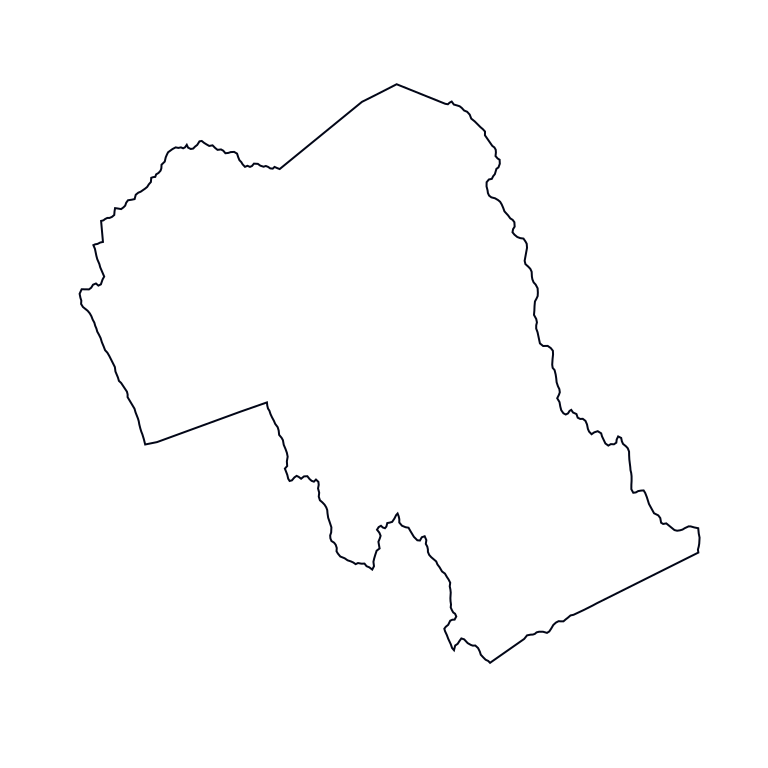 the district of Oliveira dos Brejinhos, Bahia, Brazil, rotated 170°
{"feature_id": "56859067B61513523876445", "entity_name": "Oliveira dos Brejinhos", "entity_type": "district", "adm_level": 2, "iso_a3": "BRA", "parent_name": "Brazil", "parent_adm1": "Bahia", "projection": "equal_earth", "projection_center": [-42.732, -12.256], "detail": "fine", "context": "isolated", "style": "outline", "palette": "ink", "viewbox_px": 768, "rotation_deg": 170, "n_neighbors": 0, "source": "geoboundaries", "source_scale": "gbopen_adm2", "svg_char_len": 6136}
<svg xmlns="http://www.w3.org/2000/svg" viewBox="0 0 768 768"><g transform="rotate(170 384 384)"><path d="M449.4,613.8L451.6,615.1L454.1,616.8L456.2,615.4L458.6,616.1L460.4,617.9L462.5,619.2L464.9,618.9L467.9,620.5L470.0,622.7L473.8,623.6L476.2,621.6L478.3,621.1L480.6,622.6L483.2,622.0L485.1,624.9L486.0,627.3L487.5,629.5L488.2,632.7L488.7,636.4L491.3,638.6L494.7,639.0L497.2,638.6L500.1,638.8L501.8,641.7L503.8,643.3L507.3,643.5L509.3,645.8L511.4,648.8L514.8,648.8L517.3,650.9L519.4,652.8L521.3,655.0L523.6,655.0L526.4,651.9L529.0,650.5L531.0,649.0L533.5,649.0L535.9,650.8L536.7,653.8L538.9,651.6L540.9,651.0L542.9,652.3L545.5,652.2L548.1,653.2L551.5,652.1L556.4,649.7L557.9,647.7L559.6,645.1L561.3,641.1L565.0,638.6L565.8,635.1L567.0,632.9L569.4,631.0L572.0,630.0L573.3,627.7L575.3,627.8L577.4,627.5L578.5,623.4L580.9,621.5L583.0,619.2L585.3,617.9L590.3,615.6L592.7,615.1L595.6,613.5L597.5,609.4L600.6,609.3L604.2,609.4L606.4,607.3L607.9,604.6L609.9,603.2L612.5,601.9L616.1,603.2L618.3,603.9L619.4,600.8L620.3,597.3L622.9,595.8L625.5,595.2L627.6,595.6L630.0,594.9L631.9,593.9L634.3,593.7L636.1,572.7L638.9,572.6L641.8,571.7L644.2,571.7L646.1,571.2L645.2,567.3L645.0,560.1L644.7,556.7L643.5,551.6L643.2,548.2L640.9,538.4L643.0,535.8L645.5,531.3L648.2,530.5L650.2,533.0L653.3,532.3L655.6,529.7L658.1,528.4L665.3,529.8L668.1,525.7L668.0,521.6L667.6,518.7L668.4,515.4L667.1,512.1L663.1,507.5L661.5,504.7L660.4,501.6L659.7,498.0L658.6,494.7L658.3,491.5L657.6,488.5L657.3,485.4L656.2,482.2L655.1,478.4L654.6,474.2L653.6,469.8L652.8,465.7L651.0,462.9L649.7,459.4L648.5,455.4L646.1,447.4L646.3,442.9L644.9,436.6L644.5,433.1L642.7,430.7L638.5,421.1L638.3,418.2L638.8,415.6L634.0,403.0L633.6,399.2L632.3,392.7L632.0,390.0L632.0,386.8L631.7,382.6L631.3,379.3L630.7,376.4L630.1,371.5L629.7,365.9L617.6,366.2L530.1,381.7L502.5,386.2L502.7,383.0L502.5,380.0L501.5,377.6L501.0,374.1L500.1,370.7L498.8,366.8L498.1,363.7L496.2,359.9L495.8,356.4L496.1,352.1L494.2,348.8L493.3,346.2L493.3,341.5L492.3,337.2L491.6,333.1L491.5,329.1L493.1,324.7L493.6,320.0L496.3,317.9L495.7,314.9L495.0,311.2L494.8,307.4L493.8,304.9L491.4,305.1L488.4,307.6L486.0,308.7L484.2,307.4L482.1,305.1L478.8,306.9L475.5,306.5L473.8,303.3L472.1,301.2L470.0,300.0L467.6,301.7L465.6,299.0L465.8,296.0L467.1,292.6L466.7,288.2L467.8,284.4L467.3,280.6L465.3,278.2L463.5,275.5L462.3,272.5L461.8,269.7L462.1,266.4L462.2,262.0L461.5,257.6L460.7,252.0L461.8,247.0L463.3,244.2L463.6,241.3L463.0,238.5L460.7,236.4L459.5,234.1L459.0,230.7L459.8,227.5L458.9,225.1L457.0,221.7L453.0,219.2L450.5,216.7L447.5,215.1L445.2,213.5L443.2,211.5L440.7,212.2L437.5,211.0L434.4,210.5L432.8,207.6L430.3,206.0L427.8,203.3L425.5,206.3L425.3,210.7L424.0,213.8L422.3,217.2L420.2,221.1L416.9,222.8L416.9,229.6L415.0,232.6L413.7,235.1L414.4,238.4L416.2,241.7L414.1,244.0L411.6,244.9L410.1,242.9L408.1,241.8L406.4,243.2L404.9,246.5L402.6,246.5L399.9,246.8L397.1,249.7L394.8,252.8L393.1,254.1L392.5,251.1L392.4,248.2L393.0,244.9L390.9,241.3L387.6,239.2L384.8,238.2L383.6,234.8L381.1,228.3L378.3,224.3L375.8,223.6L373.4,226.5L370.4,227.0L369.4,222.9L370.6,219.3L369.6,216.3L369.5,213.5L369.9,211.0L369.2,207.9L367.6,205.3L363.4,200.2L362.7,197.0L361.1,193.9L359.4,189.3L356.9,186.7L355.6,183.1L354.4,180.4L353.3,176.8L354.4,173.3L354.3,170.1L354.5,167.0L355.8,161.6L356.2,158.5L356.3,155.2L357.1,152.4L356.4,149.5L355.5,147.0L353.9,145.4L353.2,142.5L355.4,139.7L357.6,140.0L359.9,139.4L362.6,135.7L365.3,134.2L367.1,132.5L366.8,129.9L365.7,125.8L365.0,122.0L363.4,116.0L362.8,112.2L361.3,109.7L359.3,114.1L356.6,115.3L354.4,117.7L352.0,120.0L349.4,118.6L346.6,114.3L343.7,111.9L341.9,110.9L339.5,110.6L337.2,107.6L336.1,103.8L335.7,100.6L333.7,97.5L331.8,94.8L329.4,93.1L328.0,91.0L290.2,108.6L286.8,111.6L283.3,111.7L280.9,111.4L278.9,111.7L276.9,112.9L274.4,113.1L270.4,112.4L266.7,110.6L264.2,111.6L261.8,114.1L259.1,117.3L256.1,119.2L253.2,120.1L250.9,119.5L248.5,119.1L246.0,120.6L243.7,121.8L240.5,123.7L237.4,123.8L226.7,126.7L217.0,129.6L212.5,131.1L103.7,163.4L103.6,166.4L102.3,169.2L101.3,172.0L99.9,177.9L100.0,182.1L99.6,187.4L103.4,188.9L106.7,190.5L108.7,190.9L112.8,189.8L115.3,188.8L117.9,188.5L120.8,188.6L123.3,189.7L130.2,197.7L133.4,197.7L135.2,199.3L135.2,204.0L136.7,207.0L140.5,209.8L143.9,219.9L144.8,226.9L145.7,231.4L146.8,234.1L149.4,234.4L152.3,234.4L154.8,233.5L157.4,233.6L158.7,237.4L157.9,241.8L157.0,245.6L156.2,250.2L156.0,253.5L156.2,256.3L155.9,259.4L155.5,267.0L155.0,271.1L154.4,274.9L155.1,278.4L156.5,280.6L159.0,283.5L159.7,286.3L159.8,289.7L162.5,291.7L164.5,288.9L165.4,285.9L168.0,284.7L171.1,285.4L173.8,284.4L176.3,287.0L178.4,294.6L178.7,297.7L181.7,300.4L185.3,299.9L188.3,298.5L190.3,301.5L191.0,304.4L191.1,308.9L192.0,312.7L194.3,315.2L196.8,315.5L199.1,317.2L199.7,321.0L202.8,323.1L204.1,326.0L205.9,325.3L207.9,323.1L210.3,322.4L212.4,324.0L214.0,327.4L214.3,331.2L214.3,335.7L215.9,339.9L213.6,343.0L212.3,345.3L212.2,348.5L213.1,351.6L213.7,355.7L213.4,359.8L213.3,363.5L213.6,368.1L215.1,370.6L215.0,373.8L213.7,379.2L212.4,383.7L211.9,387.4L213.5,390.4L216.2,393.1L220.7,393.8L223.4,396.9L223.8,408.3L224.5,412.2L223.9,415.4L222.7,418.1L222.8,421.6L224.3,426.0L223.2,430.1L222.2,434.7L221.0,439.1L219.0,441.6L217.4,443.9L216.6,447.3L216.1,451.6L217.4,455.6L219.0,458.1L219.7,461.3L219.7,464.1L219.1,468.9L219.9,472.0L221.4,474.3L223.9,477.5L224.1,480.9L219.5,493.3L219.1,497.3L219.9,499.7L221.4,503.0L224.5,504.0L227.2,505.6L229.6,508.4L231.1,511.1L230.0,514.1L228.0,516.3L227.5,520.7L228.8,523.3L230.9,525.2L232.5,528.5L234.1,531.0L235.4,533.1L236.0,536.6L236.9,540.4L238.0,543.3L239.7,545.3L242.4,547.6L245.9,549.2L247.8,551.3L248.5,554.0L248.4,556.8L248.7,560.8L247.9,564.9L245.2,567.2L242.2,567.3L240.4,569.7L238.4,571.4L235.9,576.4L233.7,577.4L231.7,580.8L231.2,584.8L232.9,586.3L234.6,589.1L233.6,592.5L233.3,595.3L234.2,597.8L236.0,599.7L241.4,611.4L240.7,615.1L242.4,617.8L244.4,620.2L249.1,626.9L252.0,630.2L252.8,634.4L254.9,637.7L257.6,639.4L259.5,642.4L261.3,644.4L263.6,645.6L266.7,647.1L268.3,650.4L270.5,649.7L272.5,648.4L275.0,649.3L319.5,677.0L342.3,670.0L356.7,665.7L449.4,613.8Z" fill="none" stroke="#020617" stroke-width="2"/></g></svg>